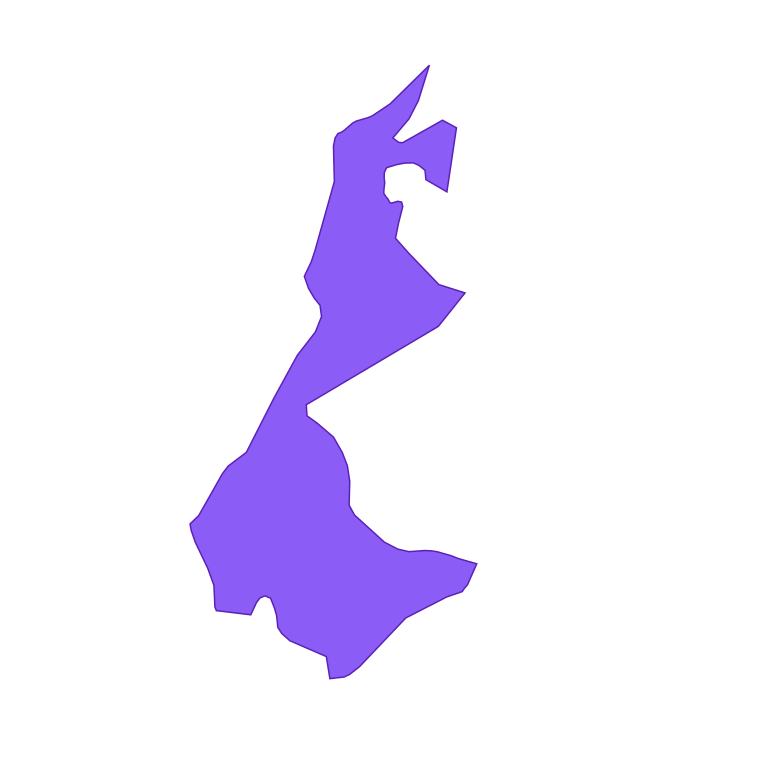 Appenzell Ausserrhoden, Equal Earth projection, rotated 307°
{"feature_id": "CHE-166", "entity_name": "Appenzell Ausserrhoden", "entity_type": "Canton", "adm_level": 1, "iso_a3": "CHE", "parent_name": "Switzerland", "parent_adm1": "", "projection": "equal_earth", "projection_center": [9.395, 47.359], "detail": "fine", "context": "isolated", "style": "filled", "palette": "violet", "viewbox_px": 768, "rotation_deg": 307, "n_neighbors": 0, "source": "natural_earth", "source_scale": "10m", "svg_char_len": 1443}
<svg xmlns="http://www.w3.org/2000/svg" viewBox="0 0 768 768"><g transform="rotate(307 384 384)"><path d="M503.4,324.8L496.4,368.0L505.5,393.9L462.7,392.7L320.7,334.4L312.3,341.6L312.5,354.2L311.2,375.6L304.2,391.9L296.7,403.9L285.7,415.2L266.2,429.1L261.6,439.3L257.9,479.5L260.4,494.3L265.1,504.8L275.5,516.7L279.2,522.1L282.1,527.5L287.3,541.1L289.3,548.3L296.2,566.3L273.8,571.5L269.0,571.2L265.3,571.4L251.4,562.1L210.3,542.2L143.8,534.6L131.6,531.4L126.0,528.5L116.1,518.1L131.6,502.0L122.3,463.4L123.2,452.5L125.7,445.7L134.4,437.6L138.9,431.7L144.7,422.3L143.1,416.4L138.5,413.7L132.7,413.7L119.5,416.5L102.1,386.5L104.2,383.1L120.8,369.4L130.9,353.9L144.0,328.6L150.9,318.3L155.5,313.3L167.5,315.2L215.3,308.9L224.9,309.0L246.6,315.2L306.9,304.5L354.9,297.5L384.3,297.9L400.3,293.5L408.3,285.6L410.6,276.6L415.0,266.1L422.0,255.6L437.7,252.4L449.0,248.6L515.8,222.5L543.7,200.4L551.0,196.9L556.3,196.5L559.4,198.4L562.3,199.5L573.5,201.9L577.4,203.7L586.6,210.6L590.7,213.1L611.4,220.3L665.9,228.4L631.1,240.9L610.9,244.4L585.8,243.0L585.8,250.1L587.8,253.6L629.9,272.0L632.2,287.7L575.3,318.6L572.4,294.5L579.4,288.1L579.6,280.4L578.3,274.4L572.9,267.6L566.7,262.0L558.3,255.9L553.1,257.0L548.7,260.1L545.0,263.6L539.6,266.7L536.1,269.1L534.7,273.1L534.1,276.0L532.6,278.9L532.4,280.4L534.3,282.2L538.2,285.0L539.9,288.6L537.0,292.2L521.2,298.8L507.3,305.5L503.4,324.8Z" fill="#8b5cf6" stroke="#5b21b6" stroke-width="1.5"/></g></svg>